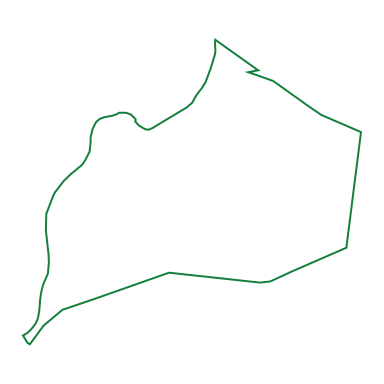 the district of Jefferson, Kentucky, United States of America
{"feature_id": "52423323B58327264964299", "entity_name": "Jefferson", "entity_type": "district", "adm_level": 2, "iso_a3": "USA", "parent_name": "United States of America", "parent_adm1": "Kentucky", "projection": "orthographic", "projection_center": [-85.758, 38.189], "detail": "fine", "context": "isolated", "style": "outline", "palette": "green", "viewbox_px": 384, "rotation_deg": 0, "n_neighbors": 0, "source": "geoboundaries", "source_scale": "gbopen_adm2", "svg_char_len": 1190}
<svg xmlns="http://www.w3.org/2000/svg" viewBox="0 0 384 384"><path d="M119.6,112.7L118.1,113.3L116.8,114.2L112.8,115.6L104.3,117.2L99.5,119.1L96.0,122.1L92.6,129.0L90.6,137.5L90.6,142.4L89.6,151.5L85.9,159.0L85.8,159.3L82.2,164.7L71.5,173.6L69.4,175.5L68.6,176.3L67.8,177.1L64.2,180.4L55.1,192.2L53.3,195.6L52.1,198.7L46.3,213.9L45.9,230.7L48.5,253.7L48.5,253.8L48.9,262.3L47.9,273.6L43.5,283.7L41.9,289.2L41.1,292.9L40.2,298.9L39.4,309.4L38.3,316.5L37.6,319.2L36.7,321.3L35.7,323.4L32.7,327.5L29.9,330.6L26.9,333.3L23.0,335.5L27.6,343.0L29.9,344.2L43.6,325.6L62.4,309.8L87.8,301.2L103.7,295.7L120.4,289.8L169.0,272.7L177.3,273.6L228.8,279.2L260.0,282.6L270.2,281.5L283.6,275.3L292.0,271.4L346.4,247.7L347.1,241.7L349.3,224.5L361.0,132.1L356.9,130.3L321.4,115.0L316.4,111.6L306.2,104.6L302.6,102.0L284.7,89.2L273.2,81.0L248.3,72.2L258.1,70.3L215.3,39.8L215.0,42.5L215.4,51.0L214.9,54.7L210.3,69.5L205.6,82.1L201.8,88.2L196.3,95.3L192.3,102.6L191.9,103.0L187.0,107.2L185.5,108.2L168.6,118.3L155.9,126.0L152.6,128.0L148.8,129.7L145.0,129.2L138.7,125.4L135.2,121.4L135.7,119.8L135.6,119.2L131.0,114.6L126.2,112.8L119.6,112.7L119.6,112.7Z" fill="none" stroke="#15803d" stroke-width="2"/></svg>